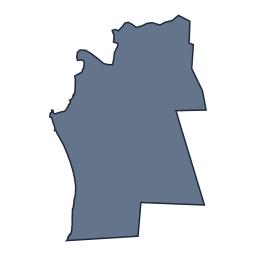 Juan L. Lacaze, Colonia, Uruguay (Albers equal-area conic projection), rotated 90°
{"feature_id": "84410073B83500791837545", "entity_name": "Juan L. Lacaze", "entity_type": "district", "adm_level": 2, "iso_a3": "URY", "parent_name": "Uruguay", "parent_adm1": "Colonia", "projection": "albers", "projection_center": [-57.44, -34.396], "detail": "fine", "context": "isolated", "style": "filled", "palette": "slate", "viewbox_px": 256, "rotation_deg": 90, "n_neighbors": 0, "source": "geoboundaries", "source_scale": "gbopen_adm2", "svg_char_len": 2076}
<svg xmlns="http://www.w3.org/2000/svg" viewBox="0 0 256 256"><g transform="rotate(90 128 128)"><path d="M21.3,66.1L15.4,77.5L17.6,80.3L20.5,83.6L22.2,90.6L25.0,95.9L22.7,104.0L23.4,109.0L25.7,113.7L27.4,119.6L25.9,121.8L24.3,123.9L22.3,127.8L23.1,131.2L26.0,133.1L30.8,137.7L29.5,140.7L30.3,143.8L32.3,143.2L35.5,141.9L42.1,142.5L43.3,138.3L45.8,138.2L52.5,141.5L58.0,142.1L64.6,143.4L64.7,147.1L63.6,152.3L58.3,158.6L53.2,165.4L50.3,170.6L50.0,176.0L52.1,178.5L57.2,179.3L60.4,178.5L59.9,173.8L61.9,171.7L67.4,172.3L72.2,174.3L76.0,181.2L78.1,180.8L80.7,180.6L83.1,180.8L87.2,180.8L90.6,181.0L94.8,181.9L95.2,182.3L94.8,182.6L95.6,183.0L96.7,183.1L97.4,183.1L97.7,183.4L99.3,184.8L99.9,185.5L100.0,185.8L100.1,186.2L100.2,186.4L101.3,185.7L102.1,185.5L102.9,186.0L103.2,186.3L104.4,186.7L104.5,187.2L106.4,188.0L107.5,188.6L108.0,189.1L108.6,189.2L109.9,190.0L111.1,191.5L111.6,193.0L111.8,193.6L111.9,194.9L112.7,197.3L113.1,198.2L113.2,198.4L113.4,198.9L113.2,199.0L113.5,200.0L113.9,201.1L113.5,201.8L113.4,201.8L113.0,202.5L112.6,203.0L112.3,203.5L112.0,203.2L111.9,203.4L110.8,202.6L110.7,202.7L110.8,202.8L110.1,203.9L110.0,204.1L111.3,204.3L112.6,204.6L112.6,205.1L112.8,205.3L113.5,205.8L114.3,205.8L115.2,206.1L116.1,206.1L116.9,206.1L117.1,206.0L117.3,205.8L117.4,204.4L118.5,204.1L119.8,203.6L122.4,203.1L124.9,202.0L127.7,201.2L129.0,201.2L129.7,201.3L130.1,201.5L130.4,201.6L131.1,199.9L131.3,199.8L133.1,199.1L139.9,195.2L145.6,192.1L153.7,188.8L162.3,185.6L170.6,183.1L179.1,181.2L187.4,180.3L194.2,180.6L199.9,181.8L202.7,182.2L205.1,182.4L206.0,182.7L207.8,182.7L209.1,183.5L218.5,183.8L222.9,183.8L225.0,183.8L227.1,184.1L228.4,184.1L229.6,184.2L231.3,184.6L232.7,185.0L233.5,185.2L234.3,185.3L234.6,185.8L234.3,186.1L234.5,186.7L235.2,186.8L235.5,186.5L236.6,187.2L236.7,188.0L237.2,188.0L237.7,187.9L238.1,187.7L239.0,188.2L239.0,188.5L239.4,188.8L240.3,189.0L240.6,189.3L236.2,118.0L202.5,115.1L205.0,51.6L114.7,78.9L110.7,80.0L110.0,49.9L90.7,53.6L68.5,64.3L44.6,62.7L43.1,66.9L21.3,66.1Z" fill="#64748b" stroke="#1e293b" stroke-width="1.5"/></g></svg>